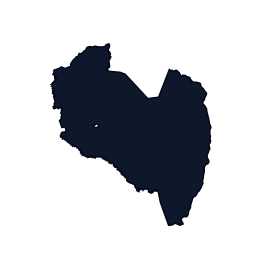 outline of Hurungwe, Mashonaland West, Zimbabwe, rotated 114°
{"feature_id": "62879985B85730198836463", "entity_name": "Hurungwe", "entity_type": "district", "adm_level": 2, "iso_a3": "ZWE", "parent_name": "Zimbabwe", "parent_adm1": "Mashonaland West", "projection": "orthographic", "projection_center": [29.665, -16.521], "detail": "fine", "context": "isolated", "style": "filled", "palette": "ink", "viewbox_px": 256, "rotation_deg": 114, "n_neighbors": 0, "source": "geoboundaries", "source_scale": "gbopen_adm2", "svg_char_len": 5896}
<svg xmlns="http://www.w3.org/2000/svg" viewBox="0 0 256 256"><g transform="rotate(114 128 128)"><path d="M104.5,218.7L106.1,219.1L106.3,218.0L107.0,217.8L107.4,218.3L108.5,218.1L109.4,218.5L109.7,217.8L109.6,217.0L110.1,216.2L110.8,215.9L110.4,215.1L110.7,214.8L111.8,215.4L112.8,215.0L112.6,214.2L113.1,214.1L112.8,213.6L113.1,212.8L114.9,214.3L115.7,214.7L116.7,214.5L117.0,215.0L117.9,215.4L118.0,214.9L118.9,215.4L118.6,214.8L118.9,215.0L118.7,214.5L119.3,214.4L120.7,214.7L120.4,213.7L120.9,214.3L120.9,213.3L121.4,213.3L121.3,212.9L121.5,212.7L122.0,213.0L122.0,212.6L122.4,212.6L122.5,212.3L122.8,212.6L122.8,212.1L123.1,212.4L123.3,211.9L122.9,211.8L123.9,211.1L124.8,212.0L125.4,211.5L125.4,211.1L126.8,211.1L126.8,210.2L127.9,209.6L128.6,207.9L129.6,208.7L130.1,208.0L130.9,207.7L130.9,207.4L131.4,207.0L131.2,206.8L132.3,206.5L133.1,205.4L135.8,205.3L138.0,204.2L138.7,204.8L138.9,204.0L139.4,204.3L139.4,204.0L139.7,204.0L139.6,203.5L140.4,203.6L140.3,203.1L139.8,202.9L139.5,202.3L138.7,202.3L138.2,200.6L138.6,200.0L138.0,199.8L138.3,199.4L137.8,199.2L137.3,198.2L137.0,198.3L137.0,197.8L135.8,197.4L136.1,197.3L135.9,197.1L136.3,196.8L136.5,197.2L137.1,196.1L137.7,196.4L138.7,195.6L139.6,195.5L139.7,195.8L140.3,195.3L141.0,195.3L141.4,195.5L141.9,195.3L142.6,193.8L143.2,193.9L144.2,193.4L145.0,193.7L145.9,193.2L146.1,192.4L149.1,193.6L154.4,188.6L152.5,185.9L156.8,182.7L157.2,184.1L158.5,186.2L159.3,186.3L159.8,186.9L160.3,186.4L161.3,186.6L161.9,186.2L162.8,186.6L163.2,185.5L162.9,185.1L163.1,184.9L163.7,185.2L163.6,183.1L164.5,183.1L163.6,181.8L164.5,180.8L163.9,179.3L164.5,179.2L165.1,178.0L165.0,177.7L165.4,177.3L165.1,176.4L165.7,175.8L165.5,174.9L165.9,174.7L165.8,174.2L166.2,173.7L166.5,173.1L166.3,172.6L166.7,172.6L166.6,171.8L167.2,170.9L165.8,170.0L166.6,169.2L166.0,168.7L166.1,167.3L166.7,166.9L166.4,166.4L166.7,165.9L166.5,165.1L167.4,164.3L166.6,163.7L166.3,163.1L167.8,163.0L167.5,162.6L168.2,162.5L168.3,161.5L169.2,161.4L168.8,160.7L170.4,160.5L170.0,159.9L170.1,159.4L171.4,158.7L170.6,158.2L170.5,157.6L171.2,157.1L170.9,156.3L171.2,155.1L171.0,153.6L171.3,153.2L170.8,153.0L170.8,152.2L170.1,152.1L170.1,150.9L169.1,150.2L169.5,149.8L169.3,149.1L169.5,148.7L168.6,146.7L168.8,145.8L168.5,145.7L167.6,146.4L167.6,145.6L166.7,144.4L166.7,143.7L165.6,142.6L165.9,142.3L165.9,141.7L165.1,140.9L165.1,140.4L165.9,139.3L165.8,138.7L166.2,138.6L166.2,137.8L165.5,136.6L166.3,136.1L165.7,135.1L166.6,134.5L166.2,133.5L166.2,132.1L166.5,131.6L167.6,131.2L167.5,130.6L166.6,130.4L167.3,128.8L165.6,128.0L166.2,127.9L166.4,126.7L166.8,126.4L167.1,126.6L167.6,126.4L167.5,125.3L168.0,125.6L168.5,125.4L168.5,125.0L168.0,124.7L168.6,124.1L169.0,124.1L168.7,121.5L169.5,120.7L170.2,121.0L170.5,120.8L170.1,120.1L170.3,119.5L169.5,119.2L169.2,118.6L169.6,118.4L169.8,117.8L170.7,118.1L171.0,117.9L171.3,116.3L171.1,115.4L172.6,115.6L173.1,114.3L173.0,112.6L173.8,111.4L173.8,110.6L174.4,110.3L174.3,109.3L175.3,108.1L176.4,107.8L177.0,106.8L176.8,106.4L177.2,105.4L176.9,104.9L177.3,104.4L177.3,103.5L176.9,102.1L177.2,101.0L176.9,98.9L177.4,98.9L179.0,97.4L179.7,96.4L180.1,95.3L181.2,94.7L181.8,93.9L181.6,92.2L181.0,92.7L180.5,92.3L180.2,92.9L180.6,93.2L180.2,93.4L179.2,92.8L179.1,92.5L179.6,92.5L179.0,91.9L178.8,90.8L177.7,89.2L178.1,88.9L177.7,88.7L178.2,88.6L176.6,87.9L176.5,86.6L175.8,86.2L176.0,85.5L175.8,85.3L176.8,83.6L177.7,83.4L177.3,82.8L177.4,82.4L177.9,82.5L177.8,81.1L178.8,80.5L177.2,80.6L177.5,80.1L177.1,79.5L176.7,80.0L176.6,79.5L176.2,79.8L175.5,79.5L175.2,79.1L175.4,78.9L174.5,78.5L174.4,77.8L173.9,77.8L174.3,76.7L174.1,76.2L173.8,76.1L173.6,76.5L172.7,76.3L173.3,75.5L173.2,75.0L182.8,68.1L200.4,51.3L198.4,48.0L195.8,46.4L195.7,40.8L194.3,40.0L193.7,38.8L193.1,38.7L192.7,39.1L191.6,40.7L189.0,43.0L188.6,43.0L188.2,42.1L186.5,41.1L185.2,38.5L184.1,37.9L181.4,38.1L179.1,38.9L175.5,38.5L173.3,39.4L165.2,40.4L164.1,39.9L162.9,38.8L160.2,38.2L158.1,38.3L157.0,37.5L152.3,36.9L149.8,37.2L148.9,37.0L148.0,37.1L146.8,38.0L145.2,38.6L143.2,38.9L140.0,40.0L136.7,40.6L133.4,42.2L132.3,42.4L129.9,42.2L128.1,40.5L125.8,40.4L124.6,41.4L122.9,43.6L121.1,44.5L120.2,44.8L118.0,44.7L116.9,45.0L114.2,44.9L113.1,45.1L110.6,47.3L107.3,47.0L105.5,47.8L104.4,48.8L101.9,49.4L100.6,50.6L98.2,51.7L95.9,52.6L94.2,52.4L92.9,53.1L91.0,55.3L87.5,57.5L81.2,62.5L78.6,64.0L76.6,66.7L75.8,68.7L75.1,69.6L73.9,70.3L70.7,69.8L69.0,70.2L65.6,70.0L64.1,70.6L63.1,72.9L61.8,74.7L60.6,77.7L60.1,78.4L58.0,80.0L57.9,81.5L58.4,84.0L59.4,86.5L59.5,87.8L58.5,90.2L57.2,91.5L56.8,92.4L57.1,95.0L56.8,97.2L57.5,99.4L58.7,99.8L58.8,100.2L58.6,101.4L56.8,103.7L55.6,106.8L56.1,108.1L57.3,108.8L57.6,109.4L57.3,111.1L58.3,113.0L57.8,114.0L87.4,112.6L93.1,121.9L80.0,152.5L80.3,157.7L84.6,170.5L84.1,171.2L83.7,170.9L83.2,171.1L83.0,170.7L82.9,171.0L82.2,171.3L82.0,171.1L82.1,170.5L81.3,170.8L80.5,170.6L80.1,171.0L80.1,170.2L79.3,170.8L79.2,169.9L78.3,170.4L78.1,171.0L77.8,170.8L73.7,173.2L72.6,172.4L71.5,173.3L70.9,172.8L70.4,173.4L70.0,172.8L69.5,173.9L68.8,174.0L68.9,174.4L68.0,174.0L67.8,174.2L68.1,174.7L67.4,175.3L66.7,175.0L66.7,175.8L65.9,176.2L65.2,177.8L64.6,177.9L64.6,178.3L63.6,178.3L62.9,177.9L60.8,178.1L60.4,178.6L60.3,178.4L59.7,178.7L58.9,179.6L58.9,180.0L60.3,180.9L60.7,181.9L62.0,181.5L62.3,182.1L63.2,182.5L64.0,183.9L64.4,184.2L66.3,189.1L66.3,189.8L66.9,191.9L67.9,192.4L68.6,193.9L69.2,196.2L70.7,198.0L71.6,198.3L74.5,198.3L75.4,199.5L77.1,199.7L78.3,200.6L79.2,200.7L79.8,202.9L82.9,202.8L84.0,204.2L85.0,204.3L88.3,205.7L92.2,206.4L93.2,206.3L94.6,205.4L95.5,205.7L96.8,207.5L98.7,208.9L99.4,211.0L99.2,212.8L99.5,213.8L101.0,214.8L103.3,217.0L104.1,217.3L104.5,218.7ZM138.5,155.9L139.2,155.4L140.2,156.0L139.9,156.6L140.9,157.7L140.9,159.8L139.8,160.8L139.3,159.6L138.2,159.5L138.1,159.1L137.4,159.1L136.7,158.7L136.8,157.8L137.1,157.7L136.9,156.9L138.1,155.7L138.5,155.9Z" fill="#0f172a" stroke="#020617" stroke-width="1.5"/></g></svg>